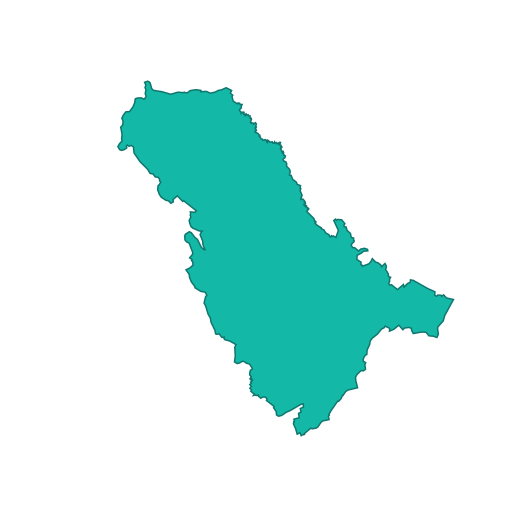 outline of Photharam, Ratchaburi, Thailand, rotated 37°
{"feature_id": "78962969B60761780399877", "entity_name": "Photharam", "entity_type": "district", "adm_level": 2, "iso_a3": "THA", "parent_name": "Thailand", "parent_adm1": "Ratchaburi", "projection": "equal_earth", "projection_center": [99.741, 13.703], "detail": "fine", "context": "isolated", "style": "filled", "palette": "teal", "viewbox_px": 512, "rotation_deg": 37, "n_neighbors": 0, "source": "geoboundaries", "source_scale": "gbopen_adm2", "svg_char_len": 6124}
<svg xmlns="http://www.w3.org/2000/svg" viewBox="0 0 512 512"><g transform="rotate(37 256 256)"><path d="M130.9,139.6L128.3,144.3L126.3,146.3L124.8,149.6L121.5,153.5L117.3,154.4L112.9,158.1L112.3,156.9L107.9,159.4L103.8,163.6L103.4,166.0L102.1,167.8L100.1,168.4L99.8,169.2L95.1,172.1L90.5,178.2L82.2,181.3L74.5,185.4L72.0,185.1L67.6,181.7L66.0,181.2L64.3,181.6L62.5,184.3L65.2,185.8L66.0,188.3L68.1,189.5L69.8,193.0L72.2,194.6L72.4,195.3L72.3,198.1L69.1,198.8L66.1,201.3L65.0,203.2L66.9,206.6L68.0,210.9L68.1,216.8L65.3,219.2L65.3,223.6L65.9,226.7L68.3,228.0L70.1,230.4L70.7,232.1L70.4,234.5L75.8,239.4L78.3,243.5L79.8,244.6L79.4,248.6L79.9,251.8L83.1,253.1L85.0,252.6L86.6,250.6L87.7,248.0L87.6,247.2L86.3,246.2L86.4,244.8L88.6,244.8L89.8,242.8L92.4,242.6L96.6,247.1L106.7,250.5L117.1,251.9L121.8,253.8L124.4,252.4L127.9,253.5L130.5,252.1L132.4,252.5L134.0,254.1L135.5,254.3L135.8,257.4L135.4,258.6L137.6,262.3L141.8,265.0L145.1,266.1L150.7,265.7L152.6,264.6L156.3,265.1L157.4,262.5L155.8,260.9L156.9,255.3L164.6,256.5L164.9,255.4L181.1,255.8L180.9,257.9L177.0,260.3L178.4,261.6L178.8,262.9L180.5,264.0L181.2,267.8L183.6,269.9L186.4,271.6L188.8,271.8L195.5,270.2L198.1,268.6L197.9,269.9L198.5,272.6L204.3,276.1L207.4,279.4L211.5,281.6L210.3,282.3L206.9,281.9L199.3,278.0L195.9,277.9L190.2,276.3L188.1,276.8L186.5,281.2L187.1,283.0L189.6,285.9L191.9,286.5L194.9,286.0L203.5,291.4L204.3,293.0L204.1,297.4L207.0,297.3L207.3,298.5L208.9,298.6L211.2,301.3L210.3,305.4L208.4,309.2L213.6,310.8L215.9,313.2L220.2,315.7L225.7,317.2L226.4,318.1L233.1,317.5L236.9,315.6L238.2,315.8L240.4,317.1L240.2,318.8L242.9,324.9L245.7,326.1L252.5,331.1L257.1,333.2L260.0,336.0L268.0,340.1L270.6,342.5L271.7,342.2L273.6,340.3L277.7,341.6L279.5,339.9L280.2,341.3L281.5,341.6L286.2,339.7L293.4,338.8L294.0,341.7L299.6,348.3L302.5,353.5L305.6,353.3L307.1,351.6L308.6,348.1L310.8,347.3L312.5,347.5L315.9,346.2L320.7,348.0L321.1,348.6L320.3,350.5L320.8,352.1L322.5,354.8L324.7,355.1L324.8,356.1L325.5,356.3L325.1,357.8L326.9,358.0L327.1,356.9L328.0,357.3L327.5,359.9L328.9,360.4L328.4,362.4L330.8,362.9L330.7,365.3L333.1,365.7L333.3,367.2L337.9,367.3L337.9,368.9L339.1,367.5L340.9,366.8L341.5,365.6L342.7,366.5L345.4,366.7L346.5,364.3L348.7,363.0L351.0,363.7L351.3,365.1L360.9,365.2L361.3,366.6L365.6,368.0L368.1,370.6L370.4,370.4L372.5,367.8L374.4,362.2L376.2,359.2L381.0,347.7L382.7,345.7L384.8,348.0L383.2,351.2L385.9,353.6L384.7,356.1L387.8,359.2L384.5,363.5L386.3,365.2L385.9,365.7L387.0,367.6L391.5,370.0L396.1,373.5L397.5,370.7L400.2,372.3L400.9,370.4L401.8,370.0L402.0,368.9L401.5,368.6L403.4,360.5L404.9,360.2L407.7,357.1L408.3,355.1L408.0,349.5L408.6,347.5L412.8,342.7L410.3,340.4L410.3,339.0L409.6,338.9L409.0,334.5L408.6,322.7L409.4,322.4L409.8,318.5L408.9,315.1L409.4,315.0L409.2,310.3L410.0,307.9L416.4,300.1L410.6,295.4L408.4,292.8L408.0,289.9L408.7,285.1L409.1,284.1L410.9,283.1L411.6,280.6L409.6,278.4L408.6,278.0L407.7,275.1L405.3,275.5L403.9,274.4L403.1,271.3L403.1,268.9L403.8,268.0L401.3,264.2L400.0,258.1L398.4,255.4L398.3,251.7L400.0,245.2L400.2,239.0L401.5,236.1L401.4,234.3L405.6,233.4L406.8,233.9L407.8,235.7L410.2,231.6L411.7,225.3L417.7,226.5L417.9,224.3L421.0,221.1L423.6,220.2L424.8,221.6L428.2,223.3L434.2,216.9L437.7,214.5L442.1,215.7L445.8,213.4L449.5,212.2L448.7,208.7L444.8,204.8L443.9,203.2L444.6,195.2L442.6,190.1L439.9,171.9L433.3,174.9L429.2,174.1L428.6,176.6L427.6,175.9L424.7,177.8L424.4,179.4L423.6,179.7L422.2,179.6L420.4,176.9L412.9,178.6L396.4,180.8L393.7,182.1L395.0,184.3L393.6,186.7L393.1,191.0L392.9,191.7L390.9,190.0L389.2,197.7L381.4,197.4L380.4,198.8L378.5,198.1L378.1,196.0L376.7,194.3L376.3,192.0L374.3,192.7L372.3,190.6L367.5,188.7L366.9,186.6L365.9,185.4L363.5,184.4L362.8,189.1L361.3,188.1L357.5,188.0L355.2,188.9L350.5,188.1L351.1,191.4L350.8,194.5L347.1,200.1L346.3,199.5L344.8,199.7L343.7,197.7L338.7,198.1L336.4,194.6L338.5,190.1L339.0,187.5L342.2,184.6L341.1,183.6L337.9,184.6L335.4,187.6L335.0,190.3L329.8,190.0L328.2,191.1L325.6,190.2L325.2,187.8L325.7,185.8L325.2,184.7L324.3,184.6L323.2,182.9L321.0,183.9L317.8,181.1L313.4,180.8L310.5,178.6L308.9,179.6L307.7,178.6L307.5,176.7L302.7,175.5L299.4,177.5L298.7,179.1L297.4,178.6L296.7,180.8L306.4,186.0L308.6,193.0L305.6,193.5L305.2,194.5L304.1,194.3L304.1,195.8L303.5,196.2L301.4,195.1L297.7,195.6L294.5,194.3L291.6,194.9L291.1,194.2L286.6,194.7L283.4,194.2L283.4,192.7L282.3,192.5L282.0,193.0L279.6,191.2L269.7,189.9L269.8,186.6L269.0,186.4L268.7,187.2L267.7,186.3L266.4,186.5L266.0,185.5L265.4,185.7L265.3,186.5L264.5,185.8L263.4,186.2L264.0,184.4L262.6,183.3L262.2,183.7L262.1,183.0L259.5,182.3L257.8,183.9L257.5,182.8L256.9,182.6L257.1,181.8L256.3,180.8L256.4,179.9L251.9,177.2L251.2,175.3L250.5,175.3L249.2,173.0L245.8,174.0L243.7,172.7L239.1,172.7L235.7,170.5L234.0,171.1L232.6,168.1L230.7,166.6L226.4,165.9L224.9,163.7L223.0,162.8L221.6,163.4L219.6,162.8L219.5,161.1L220.0,160.2L219.3,158.4L217.5,158.8L217.2,158.0L215.6,157.9L215.7,157.1L214.3,157.6L215.2,156.6L214.8,156.1L213.6,157.1L212.9,156.2L211.2,155.8L211.2,153.4L210.5,153.6L210.4,154.4L209.4,152.5L208.0,153.1L207.4,151.0L207.1,151.4L206.6,150.9L205.8,152.5L206.1,153.0L205.1,153.0L204.8,153.9L203.7,153.3L203.0,154.5L202.2,153.8L202.3,154.9L201.5,155.7L200.2,155.0L198.9,156.6L196.9,156.4L196.8,157.2L196.3,156.9L196.6,158.6L195.5,158.2L195.1,156.8L194.2,157.7L193.3,157.5L191.9,159.4L190.9,158.8L189.7,159.5L187.8,158.4L186.9,158.7L186.9,157.7L186.3,157.2L185.1,157.5L183.9,156.9L180.7,157.6L180.7,156.0L180.0,155.9L180.4,155.2L179.0,154.7L178.7,152.8L178.2,152.6L178.0,153.3L176.8,150.3L175.3,149.9L174.6,152.1L174.1,151.5L172.4,152.2L172.4,152.8L171.2,152.8L170.6,150.8L170.0,150.4L170.2,149.7L169.3,148.9L168.4,149.5L166.9,147.7L166.1,148.4L164.6,147.9L163.0,150.4L162.6,150.0L163.0,149.1L162.6,148.5L161.9,149.8L160.9,150.3L160.3,150.0L160.4,148.9L159.7,148.4L158.6,149.3L158.2,150.8L157.9,150.1L155.2,149.7L154.8,148.7L155.2,146.7L154.3,145.9L153.7,143.4L152.2,144.5L151.2,143.9L150.2,144.1L150.0,145.3L149.3,145.0L148.9,145.8L144.5,146.0L140.8,143.0L140.7,141.6L137.5,141.4L136.9,138.5L130.9,139.6Z" fill="#14b8a6" stroke="#0f766e" stroke-width="1.5"/></g></svg>